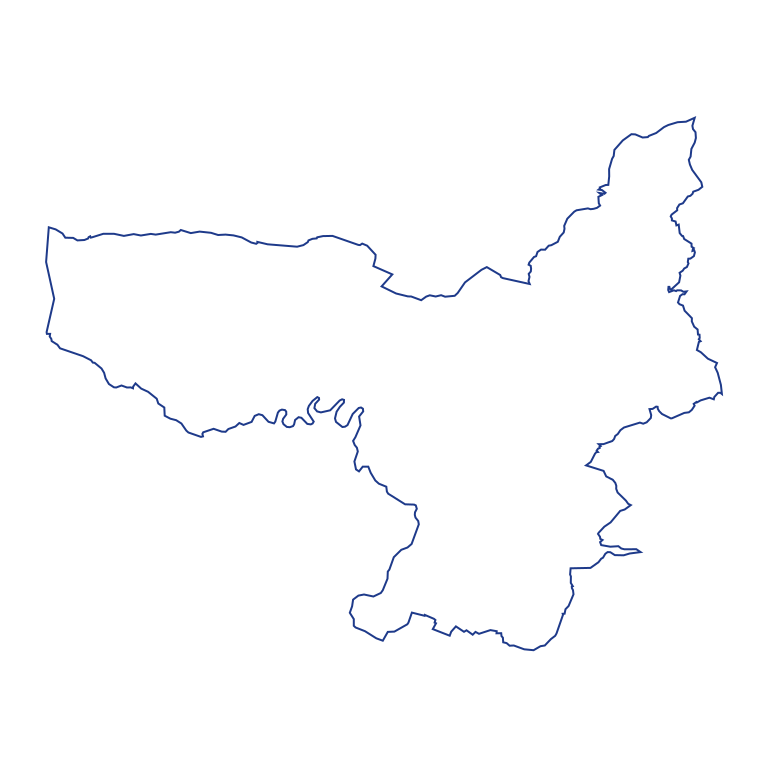 Baraolt, Covasna, Romania (Equal Earth projection)
{"feature_id": "2599482B42421662365067", "entity_name": "Baraolt", "entity_type": "district", "adm_level": 2, "iso_a3": "ROU", "parent_name": "Romania", "parent_adm1": "Covasna", "projection": "equal_earth", "projection_center": [25.601, 46.06], "detail": "fine", "context": "isolated", "style": "outline", "palette": "blue", "viewbox_px": 768, "rotation_deg": 0, "n_neighbors": 0, "source": "geoboundaries", "source_scale": "gbopen_adm2", "svg_char_len": 6101}
<svg xmlns="http://www.w3.org/2000/svg" viewBox="0 0 768 768"><path d="M640.6,552.1L636.3,549.2L624.5,549.3L621.3,548.5L618.4,546.2L610.3,546.7L601.2,545.1L600.1,542.1L602.5,540.0L600.3,538.9L600.0,536.8L598.0,533.9L598.7,532.7L604.3,526.7L610.6,522.4L620.2,510.9L624.7,509.5L630.8,505.1L628.2,503.8L625.9,500.6L617.6,492.5L616.2,488.8L616.3,485.8L615.3,482.9L612.8,479.8L606.2,476.4L603.6,470.9L586.1,465.4L590.8,461.9L595.0,453.7L596.3,452.2L597.9,452.0L596.7,450.6L598.0,448.7L599.7,448.0L599.5,446.8L600.7,446.1L598.7,444.2L603.5,444.1L612.3,441.0L614.1,439.0L615.2,436.0L617.8,434.0L620.4,430.2L624.0,427.5L639.9,422.6L643.2,423.7L646.7,422.3L650.8,418.0L651.2,415.1L649.5,409.1L652.6,408.9L656.1,406.6L657.6,406.8L657.8,408.8L659.2,411.2L662.0,414.0L670.8,418.4L671.9,418.3L684.3,412.9L688.9,412.3L691.8,409.9L694.6,405.7L693.7,403.9L696.4,402.0L696.8,402.5L700.6,400.4L709.4,397.7L713.8,399.3L714.3,397.0L718.1,392.8L720.4,392.8L721.9,394.0L720.9,384.9L717.7,372.8L715.1,367.2L717.0,363.0L707.9,358.7L700.8,352.2L696.9,350.0L698.9,341.9L700.6,341.2L698.8,339.2L699.7,338.0L699.5,334.7L698.0,334.5L697.6,329.5L694.2,326.7L691.8,321.4L691.9,318.2L684.6,310.7L683.0,305.6L679.5,304.2L678.0,302.5L680.1,295.9L682.5,294.2L684.5,294.3L686.6,291.4L683.4,291.8L681.1,290.4L677.2,290.3L676.1,291.1L673.9,290.3L669.1,292.1L668.2,290.0L668.5,286.9L669.4,286.9L669.9,288.9L671.1,289.6L679.1,282.3L680.4,275.6L679.6,272.8L682.7,270.7L684.2,268.5L686.9,267.0L688.5,263.4L687.8,262.1L688.3,258.7L690.4,258.6L693.9,256.1L694.9,252.4L694.2,250.3L692.5,250.9L692.9,249.0L693.8,248.1L691.6,246.7L691.5,243.6L684.2,239.0L683.1,236.1L682.0,235.9L679.7,233.1L678.7,224.6L676.4,225.4L675.6,221.5L671.9,220.4L671.9,218.4L670.7,216.4L671.6,214.6L677.2,210.3L677.1,208.1L679.4,204.5L682.9,203.3L687.8,196.5L690.4,195.8L692.6,193.7L693.2,191.7L698.5,189.8L702.3,186.8L701.3,182.3L692.2,169.9L689.9,164.5L688.8,159.8L690.6,156.6L691.4,148.9L694.7,142.6L695.9,138.0L695.5,132.2L693.0,129.1L692.4,125.8L694.7,117.8L686.0,121.7L677.6,122.2L668.3,125.0L664.0,127.1L656.2,133.0L648.9,135.9L647.8,137.1L642.6,137.5L635.3,134.4L631.4,134.2L622.8,140.4L614.4,149.9L613.7,156.0L612.1,158.8L609.1,169.1L609.2,176.4L608.3,184.9L605.7,185.0L599.8,187.4L600.1,188.4L598.6,189.6L602.0,190.1L605.5,192.8L604.4,193.8L599.3,193.0L601.9,195.1L598.4,196.8L598.8,203.3L600.1,205.6L596.9,207.9L593.7,208.8L590.6,209.2L587.9,208.4L576.5,210.3L574.2,211.7L567.3,218.7L564.2,225.9L564.5,228.8L563.7,232.5L559.8,236.8L557.8,241.8L551.3,245.2L548.7,245.7L545.1,249.7L541.0,249.6L537.5,252.0L536.1,256.2L534.0,257.0L529.3,262.6L528.6,264.7L530.7,265.8L531.1,268.8L530.8,271.5L528.7,273.9L529.5,276.9L528.5,281.1L529.7,284.0L502.9,278.1L501.1,277.2L500.2,275.0L486.8,267.1L481.5,269.8L465.0,282.4L457.7,293.0L454.7,295.8L445.1,296.7L441.1,295.2L435.7,296.5L429.8,295.3L426.2,296.6L421.2,300.2L411.2,296.5L407.9,296.4L396.1,293.5L381.6,286.4L392.3,274.4L373.4,266.1L375.4,258.6L375.6,254.8L367.2,245.7L362.2,243.6L360.0,245.1L358.3,244.9L332.5,235.9L323.0,236.1L317.2,237.3L316.7,238.4L312.5,238.8L308.5,240.4L307.8,242.1L303.4,245.1L297.1,246.7L267.6,244.3L257.4,241.9L257.5,242.9L256.2,243.8L251.2,242.5L241.7,237.4L233.5,235.4L225.5,234.6L218.1,235.0L211.0,232.8L199.6,231.6L190.8,233.1L180.8,230.0L178.9,231.7L175.1,232.7L170.8,232.2L155.7,234.6L150.8,233.9L140.9,235.5L133.7,234.1L123.9,235.9L114.0,233.8L103.3,233.8L91.8,237.4L90.8,237.6L90.2,236.3L88.6,237.2L88.1,238.5L84.4,240.0L77.4,240.4L73.2,237.9L65.3,237.7L62.5,233.5L55.7,229.4L48.8,227.3L46.1,262.0L54.2,298.8L46.6,332.1L46.9,333.9L50.1,333.9L49.7,336.5L51.3,338.9L51.7,341.1L57.5,344.8L60.0,348.3L83.1,356.2L91.1,360.3L92.8,362.6L94.6,362.8L101.5,368.5L104.1,372.8L105.6,378.4L108.9,384.0L113.9,387.3L116.2,387.5L121.5,385.5L127.0,387.5L130.7,387.4L133.0,388.3L133.1,386.7L135.5,383.4L141.2,388.6L148.1,391.8L156.7,398.7L158.3,403.5L164.3,407.5L164.7,415.7L170.4,418.7L176.2,420.2L181.4,423.5L186.3,430.6L188.4,432.5L201.0,436.9L203.0,436.4L202.4,433.9L203.2,432.3L213.6,428.8L221.7,431.6L225.6,431.8L228.4,429.0L235.5,426.5L239.3,423.0L243.5,424.9L251.6,421.9L254.7,415.9L258.8,414.2L262.4,415.2L268.5,421.8L274.0,423.4L275.3,421.6L277.9,412.6L279.5,410.6L281.9,409.6L285.0,410.1L286.2,411.6L286.3,414.5L283.1,418.8L282.4,421.5L283.5,424.2L286.8,426.9L289.8,427.2L293.0,426.1L294.1,424.4L295.1,420.0L298.6,417.2L301.4,417.8L307.3,423.9L310.8,424.4L312.6,423.5L313.7,421.6L308.1,413.0L307.7,409.2L308.9,405.9L312.6,400.9L317.3,397.1L319.0,398.0L319.1,399.6L315.2,403.8L314.4,408.1L317.1,411.4L320.9,412.4L330.2,410.3L339.7,400.5L342.1,399.3L344.0,399.9L343.9,402.6L339.9,406.8L336.6,411.7L335.0,418.4L336.0,421.9L342.4,427.0L345.0,426.7L347.5,425.1L352.7,414.0L358.7,408.0L361.0,407.5L362.9,408.7L363.2,411.4L359.1,416.5L360.5,425.4L355.4,437.2L353.1,440.9L354.7,445.0L356.9,447.7L357.8,451.5L354.4,461.5L356.0,469.4L359.0,471.4L362.7,466.7L368.3,466.7L370.7,472.8L375.3,480.5L378.9,483.7L386.3,486.7L386.9,491.6L388.2,493.7L405.1,504.3L414.1,504.6L415.8,505.4L416.8,508.8L415.0,512.3L414.8,514.9L415.5,517.6L418.2,521.0L418.8,524.3L411.6,544.0L407.5,547.5L401.3,549.8L393.8,557.2L389.4,569.5L387.8,571.6L387.5,578.7L382.8,590.2L380.8,593.0L373.4,596.5L364.0,594.5L358.4,595.6L353.1,599.6L352.1,606.3L349.8,612.8L353.8,619.1L353.8,625.8L355.6,627.5L365.0,631.2L376.3,638.3L382.8,640.7L387.8,631.9L394.4,631.6L407.3,624.3L408.4,622.7L411.9,612.6L424.6,615.8L424.8,614.9L433.9,618.8L435.4,620.0L434.6,622.6L436.0,623.3L432.8,629.1L449.7,635.7L451.2,631.7L455.9,626.4L464.0,631.8L466.5,630.3L472.7,634.7L475.5,631.9L479.0,633.8L490.4,630.1L496.7,631.2L496.5,633.3L501.2,633.2L501.5,636.1L502.9,637.7L503.2,642.3L506.6,643.1L509.6,645.7L513.8,645.5L524.2,649.3L533.6,650.2L540.5,646.2L544.8,645.5L550.9,639.1L555.2,635.8L556.5,633.5L563.0,614.8L562.7,613.8L564.6,613.7L565.5,609.2L568.6,606.0L573.5,594.3L573.0,590.2L571.9,588.1L571.8,586.5L572.8,586.2L570.8,582.9L570.9,576.4L570.1,574.5L570.6,568.3L590.5,567.9L598.5,562.2L601.2,558.7L603.0,557.7L605.3,553.8L607.6,552.1L610.3,552.2L614.8,555.1L623.7,555.3L629.7,553.5L640.6,552.1Z" fill="none" stroke="#1e3a8a" stroke-width="2"/></svg>